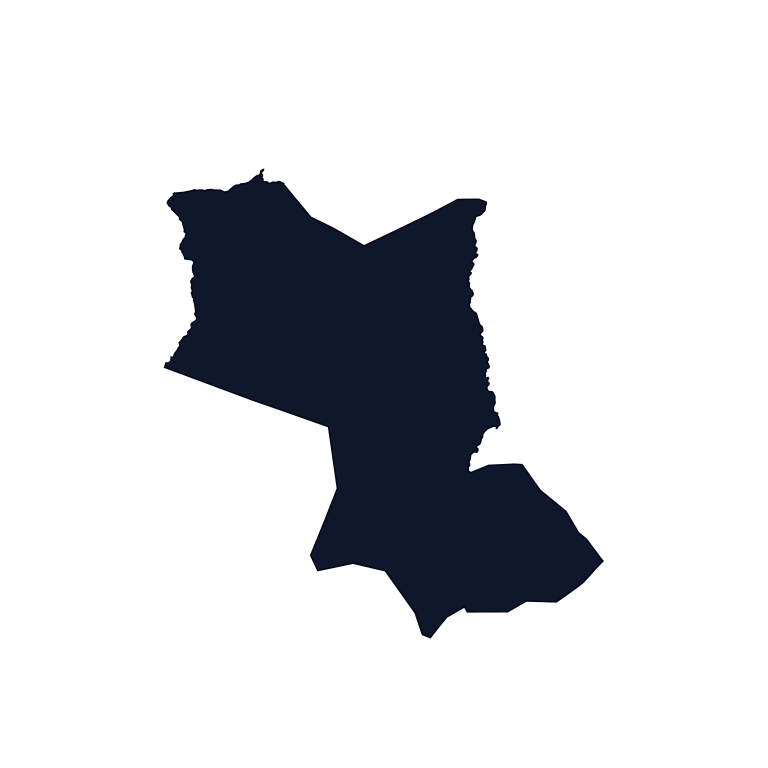 outline of Selenge, Bulgan, Mongolia, rotated 296°
{"feature_id": "93677404B49606497696804", "entity_name": "Selenge", "entity_type": "district", "adm_level": 2, "iso_a3": "MNG", "parent_name": "Mongolia", "parent_adm1": "Bulgan", "projection": "robinson", "projection_center": [104.347, 49.708], "detail": "fine", "context": "isolated", "style": "filled", "palette": "ink", "viewbox_px": 768, "rotation_deg": 296, "n_neighbors": 0, "source": "geoboundaries", "source_scale": "gbopen_adm2", "svg_char_len": 6171}
<svg xmlns="http://www.w3.org/2000/svg" viewBox="0 0 768 768"><g transform="rotate(296 384 384)"><path d="M592.3,395.9L591.6,388.2L582.1,369.3L558.5,352.2L524.9,325.8L499.4,305.5L501.8,269.9L501.8,245.1L519.1,206.8L520.2,205.9L520.1,201.1L518.4,199.3L517.4,198.0L517.1,196.4L516.4,195.4L514.9,194.2L513.9,192.7L514.0,191.5L514.5,190.1L514.0,189.4L512.8,187.0L513.1,186.3L513.6,185.9L514.5,185.8L515.2,185.2L515.7,184.7L515.6,183.9L516.2,183.4L517.0,183.4L517.8,183.6L518.7,183.0L519.0,182.0L520.1,181.1L520.9,181.1L522.6,181.8L524.0,181.7L523.9,181.3L523.3,180.8L522.4,180.6L521.5,179.9L519.4,180.6L517.5,180.6L516.2,179.6L515.8,178.7L514.5,178.2L514.2,177.7L513.5,177.7L512.7,176.9L510.7,176.4L508.5,175.5L507.4,174.6L506.6,174.7L504.3,172.2L503.2,171.8L503.0,170.5L502.4,169.8L501.8,168.8L501.3,168.6L501.0,167.5L499.6,166.8L499.1,166.4L498.5,165.0L497.2,163.2L495.7,162.6L494.3,161.7L490.5,160.1L489.2,159.9L486.4,156.3L486.6,153.7L486.4,152.9L486.5,151.8L485.7,150.6L485.1,148.9L483.9,146.7L483.8,145.9L483.3,145.2L483.4,144.4L483.1,143.5L480.9,139.9L479.6,138.6L478.6,137.1L478.8,136.0L478.0,134.2L476.1,131.1L475.1,127.9L473.8,127.1L472.7,125.5L472.0,124.8L471.4,123.7L468.6,120.3L464.1,112.8L463.8,111.9L462.6,111.4L461.3,112.1L459.7,111.7L458.5,110.9L455.0,109.9L453.2,109.6L451.7,109.9L449.9,112.7L449.8,114.9L447.7,116.9L447.1,119.5L445.0,125.3L445.0,126.3L444.3,127.0L443.9,127.2L442.5,128.2L442.2,128.9L441.9,131.1L436.3,136.0L435.4,137.0L434.1,137.3L433.2,137.9L433.2,139.5L432.3,140.4L429.3,140.8L427.9,141.2L427.4,140.7L425.7,140.2L423.6,140.4L419.9,139.9L418.0,140.8L416.5,140.9L415.9,141.5L415.7,143.6L414.1,144.6L413.6,145.6L411.4,148.4L409.1,150.4L409.8,151.3L409.8,152.8L410.5,153.9L410.9,155.6L411.3,156.3L411.2,157.8L410.6,159.2L409.6,160.1L406.1,160.3L404.1,161.2L400.7,163.4L399.0,165.6L398.2,166.3L397.5,166.6L397.1,166.6L394.5,165.5L391.8,165.3L391.4,165.4L389.0,167.8L385.9,168.9L383.8,170.9L382.8,171.3L381.5,170.9L380.9,171.6L378.0,174.0L378.4,175.0L377.7,175.4L376.3,175.9L372.5,179.1L366.7,183.0L363.8,183.3L362.2,185.9L360.8,187.0L359.6,187.3L357.8,186.6L354.5,184.7L353.7,184.6L353.2,184.5L352.3,184.9L349.9,186.6L344.9,184.8L342.6,186.2L340.7,185.4L338.9,183.6L337.8,183.2L333.5,182.6L331.4,181.8L330.9,182.5L329.3,183.5L328.4,184.0L327.4,183.6L326.3,183.4L323.2,183.3L320.4,182.7L318.3,182.6L316.3,183.0L315.6,182.5L314.9,181.8L314.8,180.9L311.9,182.2L310.5,182.2L309.2,181.5L308.2,180.6L307.4,178.8L302.8,179.5L312.2,274.9L315.6,302.8L321.3,352.9L269.7,387.9L234.3,390.8L197.9,393.2L187.3,406.3L209.3,434.6L216.7,467.1L192.0,512.3L176.1,527.9L175.7,529.2L176.3,536.8L188.2,539.3L202.1,542.6L219.0,554.0L215.7,558.7L233.5,594.9L251.4,607.1L263.7,634.4L271.3,638.7L287.5,647.3L292.6,649.8L302.9,652.9L310.2,654.9L320.9,658.4L322.3,655.2L333.2,634.1L335.6,624.0L349.2,603.5L356.9,571.0L372.0,543.4L369.1,536.4L356.7,513.7L342.4,501.0L342.7,497.6L343.5,497.5L345.3,496.6L346.4,496.2L347.1,496.2L348.1,496.6L348.5,496.6L349.5,496.0L350.3,495.1L351.3,494.5L354.7,494.3L355.5,494.1L356.8,493.3L358.4,493.1L359.1,493.1L360.3,493.6L361.1,493.7L362.0,494.4L362.7,495.1L363.1,496.9L363.4,497.2L364.0,497.5L364.8,497.6L365.5,497.5L366.8,496.8L367.1,496.4L367.2,495.0L368.0,494.4L369.3,494.5L371.0,495.9L372.8,496.4L373.8,496.4L374.9,496.2L377.0,495.5L379.1,495.8L379.9,495.7L381.9,494.7L383.9,495.1L385.0,495.1L388.6,496.4L390.2,497.4L392.1,499.3L393.9,500.5L394.2,501.8L395.3,503.2L396.3,503.9L396.4,504.3L396.2,504.5L394.4,504.3L393.9,504.3L393.4,504.5L393.5,504.7L393.9,504.9L395.2,504.9L396.0,505.1L397.2,505.6L397.9,506.0L398.6,506.0L401.9,503.7L404.4,501.4L404.8,500.9L405.2,499.4L405.8,499.2L406.6,499.3L407.2,499.2L407.5,499.0L407.5,498.5L407.2,498.1L407.4,497.1L407.1,495.7L407.4,494.7L407.8,494.3L410.7,492.7L412.1,492.3L412.6,492.1L414.6,492.3L415.9,492.1L418.6,490.3L420.1,489.8L421.8,488.8L424.0,485.7L424.4,484.8L424.2,483.7L423.2,482.0L423.1,481.3L424.3,479.2L425.4,478.3L426.3,477.8L427.0,477.7L429.1,478.4L430.3,478.3L430.7,478.0L431.0,477.0L431.7,475.9L432.1,475.5L432.6,475.4L434.4,475.7L435.1,475.5L435.3,475.3L435.5,474.8L435.3,474.5L434.2,473.7L434.4,473.1L434.2,472.1L434.5,471.8L435.2,471.8L436.1,471.5L437.7,470.1L438.4,470.1L439.2,470.3L440.2,470.2L441.7,469.5L442.9,469.6L443.4,469.8L443.8,470.5L444.3,471.0L445.2,471.1L445.7,471.0L447.5,469.3L448.1,468.2L448.9,467.1L449.5,466.9L450.6,467.2L451.1,467.1L452.2,466.9L452.8,466.4L453.5,464.9L453.6,464.0L454.0,463.7L455.0,463.4L455.3,463.2L455.5,462.8L455.5,461.0L456.1,460.2L456.9,460.1L458.1,460.5L458.9,460.6L459.3,460.4L462.1,458.2L462.3,457.9L462.4,457.4L461.8,455.2L465.3,454.3L466.4,453.1L468.3,452.8L469.0,452.4L469.4,451.9L469.6,451.3L469.6,450.1L470.9,448.4L472.1,448.8L473.5,448.7L474.0,449.1L474.3,449.5L474.7,449.5L475.5,449.3L477.8,447.7L478.4,447.0L478.7,446.4L479.0,444.8L479.5,443.9L480.2,443.0L482.7,440.7L486.7,437.2L487.7,436.2L488.3,434.6L488.1,432.7L489.7,429.6L490.1,428.0L490.3,427.6L491.0,427.0L492.7,426.0L493.8,425.6L494.5,425.7L495.7,425.5L496.3,424.9L498.6,424.4L500.7,423.5L501.1,423.5L501.3,423.7L501.3,424.4L501.7,424.7L503.0,424.9L504.1,424.6L504.7,424.3L505.4,423.1L506.3,422.4L506.6,421.9L506.8,420.4L507.5,419.9L507.7,419.0L508.2,418.4L509.0,417.8L510.2,417.2L510.8,416.8L511.4,417.0L512.0,416.7L512.3,416.2L512.0,415.3L512.9,415.2L513.3,414.7L515.5,414.4L515.9,414.1L516.1,413.7L516.7,413.1L518.4,413.0L521.5,413.8L522.0,413.7L522.3,413.3L522.2,412.5L522.4,412.2L523.1,411.7L523.5,411.6L523.9,411.6L525.6,412.4L527.9,412.2L529.9,412.4L530.8,412.3L531.2,412.0L531.7,411.2L532.0,410.4L532.0,409.9L532.1,409.5L532.4,409.2L533.1,409.1L534.3,409.2L535.7,409.5L537.0,410.1L538.0,411.1L540.5,411.8L541.0,411.7L541.3,411.3L541.3,410.9L540.9,410.2L541.0,410.0L541.5,409.1L543.1,408.6L544.9,408.8L545.7,408.7L546.3,408.4L547.1,407.5L547.2,406.6L547.0,405.6L547.3,405.1L548.2,405.0L549.5,404.5L551.3,404.6L552.6,404.2L553.4,403.7L553.9,403.1L554.8,401.5L555.2,401.1L556.6,400.6L559.5,398.5L560.2,396.8L561.8,395.3L563.9,394.5L566.3,393.9L568.4,394.1L572.5,393.6L574.3,393.0L574.7,393.1L578.3,396.6L579.9,397.2L582.1,397.8L583.6,398.6L585.7,398.1L588.0,397.3L591.4,396.8L592.3,395.9Z" fill="#0f172a" stroke="#020617" stroke-width="1.5"/></g></svg>